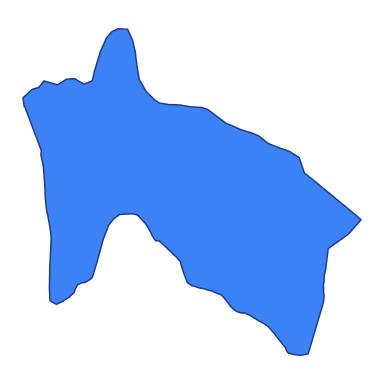 Thula, Amran, Yemen (Equal Earth projection)
{"feature_id": "15242507B3990952227589", "entity_name": "Thula", "entity_type": "district", "adm_level": 2, "iso_a3": "YEM", "parent_name": "Yemen", "parent_adm1": "Amran", "projection": "equal_earth", "projection_center": [43.832, 15.591], "detail": "fine", "context": "isolated", "style": "filled", "palette": "blue", "viewbox_px": 384, "rotation_deg": 0, "n_neighbors": 0, "source": "geoboundaries", "source_scale": "gbopen_adm2", "svg_char_len": 2867}
<svg xmlns="http://www.w3.org/2000/svg" viewBox="0 0 384 384"><path d="M361.0,219.8L356.5,215.7L339.5,201.7L315.7,182.1L304.4,172.9L299.2,157.7L289.1,151.2L279.2,147.9L268.0,143.4L259.0,136.1L252.1,133.1L240.8,129.7L232.0,125.6L226.5,123.6L216.3,116.0L207.7,109.5L201.9,107.5L191.5,106.9L186.0,106.1L180.6,105.1L174.8,104.7L168.9,104.6L159.2,103.0L154.5,99.7L146.2,91.6L139.2,79.4L138.8,76.8L137.1,66.5L136.1,59.4L135.4,52.4L132.5,39.9L127.6,29.3L117.9,28.8L111.6,31.9L106.4,38.0L103.8,44.0L100.7,50.9L98.4,58.1L94.4,71.6L92.3,80.8L83.8,84.2L74.8,78.7L66.5,79.2L57.6,84.8L48.7,82.3L44.0,80.9L38.8,87.4L32.2,89.4L23.0,97.8L24.1,106.2L24.7,106.5L25.2,107.8L41.3,150.5L40.9,154.7L42.7,163.4L43.4,166.8L44.4,179.9L45.0,189.2L45.2,197.3L46.5,209.5L48.3,218.3L50.0,227.6L50.9,234.7L51.2,238.1L50.5,253.7L49.8,266.6L49.4,287.7L49.9,300.4L52.4,302.3L54.7,303.4L56.2,304.2L57.2,304.0L61.1,302.1L63.2,301.3L64.6,299.9L66.9,298.5L69.5,297.1L70.9,295.2L72.4,294.3L74.0,292.6L74.8,290.5L75.5,288.6L76.7,286.2L77.9,284.7L79.8,283.7L81.3,283.0L83.0,282.7L85.1,282.3L86.6,281.6L88.1,280.6L89.0,280.1L89.8,279.7L91.3,278.5L92.4,277.1L93.1,274.9L96.2,264.8L100.5,249.4L103.2,239.4L108.7,225.1L114.1,218.5L119.6,214.5L126.5,214.0L133.9,213.9L137.1,215.0L137.6,215.4L139.0,216.7L140.4,218.0L141.6,219.4L142.5,220.3L142.9,220.8L144.2,222.2L145.4,223.5L146.6,225.1L147.6,226.8L148.6,228.5L149.9,230.9L150.9,232.7L151.6,234.5L152.5,236.1L153.6,238.0L154.6,239.6L154.8,239.7L155.6,240.5L156.0,240.9L157.8,240.8L158.5,240.4L165.5,246.7L173.8,254.7L176.8,257.5L180.3,261.6L181.6,266.2L183.6,272.7L183.8,273.4L187.3,282.5L191.9,285.7L192.7,285.9L194.6,286.4L196.4,287.0L198.0,287.4L199.5,288.0L201.5,288.3L203.1,288.6L204.6,288.8L206.1,289.5L207.7,290.1L210.0,290.5L211.7,291.0L213.5,291.8L214.6,292.3L215.4,292.6L217.4,293.4L218.9,293.9L220.7,294.8L222.0,295.6L223.4,297.1L224.8,298.8L226.1,300.4L227.2,301.8L228.3,303.3L229.5,304.8L230.7,306.5L232.0,307.8L233.4,309.1L234.7,310.1L236.5,311.3L238.2,312.1L239.8,312.6L241.6,313.0L243.3,313.1L244.9,313.2L246.5,313.8L248.4,314.6L250.3,315.6L252.1,316.7L253.5,317.6L254.9,318.4L256.3,319.3L258.0,320.4L260.3,321.7L261.7,322.4L263.4,323.2L265.4,324.5L267.1,325.8L267.4,326.0L268.5,326.9L269.7,328.3L271.0,329.7L272.3,331.3L274.2,333.3L276.1,336.0L277.5,337.8L278.6,339.3L279.8,340.6L281.0,342.1L282.3,343.8L283.4,345.2L284.7,346.5L285.8,348.0L286.3,349.9L287.2,351.7L288.5,353.2L290.1,353.5L291.7,353.9L293.3,354.4L294.8,354.6L296.4,354.9L298.1,355.0L299.8,355.1L300.2,355.2L303.1,354.9L308.2,353.8L323.4,302.5L323.9,298.1L324.1,297.1L324.0,295.2L323.7,293.3L323.6,291.1L323.6,288.8L323.5,286.6L323.5,284.8L324.0,282.1L324.1,280.0L324.1,279.7L324.1,278.1L324.3,276.1L324.5,274.2L324.9,272.4L325.5,270.7L328.2,248.6L348.4,234.1L352.2,229.8L355.6,225.9L356.6,224.8L358.9,222.3L361.0,219.8Z" fill="#3b82f6" stroke="#1e3a8a" stroke-width="1.5"/></svg>